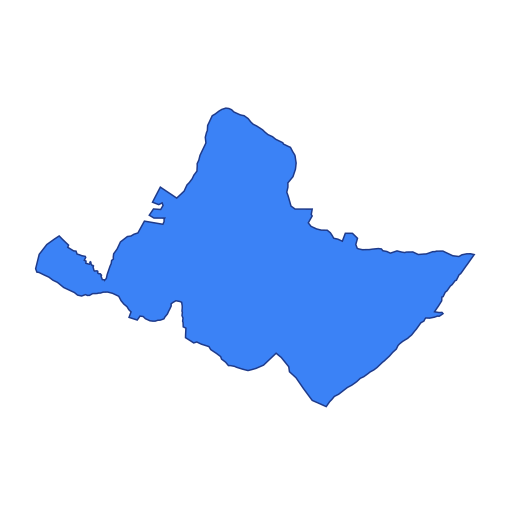 Shendam, Plateau, Nigeria (Mercator projection), rotated 298°
{"feature_id": "59680162B53080807091718", "entity_name": "Shendam", "entity_type": "district", "adm_level": 2, "iso_a3": "NGA", "parent_name": "Nigeria", "parent_adm1": "Plateau", "projection": "mercator", "projection_center": [9.53, 8.741], "detail": "fine", "context": "isolated", "style": "filled", "palette": "blue", "viewbox_px": 512, "rotation_deg": 298, "n_neighbors": 0, "source": "geoboundaries", "source_scale": "gbopen_adm2", "svg_char_len": 4503}
<svg xmlns="http://www.w3.org/2000/svg" viewBox="0 0 512 512"><g transform="rotate(298 256 256)"><path d="M359.7,448.0L358.7,444.4L356.9,441.1L353.8,437.3L350.8,435.4L349.7,432.5L348.6,429.6L348.4,425.6L348.2,421.7L348.1,418.7L344.9,412.9L343.9,412.0L342.8,410.0L339.7,407.2L337.7,405.3L336.6,403.4L333.5,398.6L333.2,392.6L330.0,386.8L329.0,385.9L328.9,385.8L327.9,383.0L326.7,378.1L321.6,373.3L321.4,369.4L320.2,365.5L321.1,363.4L320.0,360.5L316.8,355.7L314.7,352.8L313.7,350.9L311.5,347.0L310.4,343.1L310.3,341.8L313.0,338.7L319.3,337.3L319.6,336.3L321.3,330.5L318.0,324.2L309.6,325.3L309.3,320.4L308.2,316.4L308.2,316.2L309.8,313.7L311.4,310.8L312.2,306.8L309.5,301.5L308.3,296.6L308.0,290.7L309.8,286.6L317.7,286.8L318.6,285.3L323.8,283.6L315.8,268.5L316.5,263.5L317.5,262.5L324.0,256.3L326.8,253.2L331.6,251.9L333.6,250.9L335.5,249.8L339.4,250.6L343.4,251.4L351.1,250.1L354.2,248.9L354.4,248.8L356.9,247.8L359.7,245.7L362.6,243.6L363.5,242.6L365.3,239.5L368.1,235.4L367.9,232.5L367.8,229.5L367.7,227.7L368.6,226.5L368.5,223.5L368.3,218.6L369.1,214.6L368.8,209.6L369.6,205.6L370.5,202.6L371.1,195.6L371.0,191.7L371.8,188.7L373.6,184.6L374.3,179.6L373.7,177.7L373.2,175.7L372.9,170.8L372.8,168.8L373.7,165.8L373.5,162.8L372.4,159.9L370.4,158.0L369.4,157.0L366.4,155.2L362.4,153.4L359.3,151.5L355.4,151.7L351.5,151.9L348.6,152.0L343.8,154.2L341.9,154.3L337.0,155.5L332.3,158.7L330.3,158.8L325.7,159.0L325.4,159.0L318.6,159.3L313.8,160.5L309.9,160.7L308.0,161.8L303.2,164.0L298.3,163.2L294.3,163.4L289.4,162.6L286.4,161.7L282.5,161.9L279.6,162.1L269.9,158.8L271.9,139.2L259.4,139.3L259.2,139.3L254.9,139.4L255.7,146.0L258.8,148.2L257.0,150.2L252.3,150.0L249.4,143.4L241.9,142.6L241.6,148.0L246.6,157.6L245.2,157.6L243.3,158.7L240.3,158.9L234.4,141.1L220.9,140.9L217.9,138.0L214.9,136.2L212.8,133.3L210.8,132.4L204.8,129.7L200.9,129.9L197.0,130.1L191.1,129.3L188.2,130.4L186.3,131.5L184.3,130.6L181.4,131.7L178.5,131.9L169.7,133.3L165.9,134.4L163.4,133.7L163.8,133.3L163.0,131.4L165.6,128.5L166.5,128.6L167.2,126.9L166.5,125.2L166.7,124.2L168.2,123.5L168.3,122.7L166.9,120.4L167.2,119.7L169.8,117.3L170.9,117.2L171.1,116.5L170.7,115.6L171.9,113.7L173.0,113.1L173.1,112.4L172.4,112.3L171.3,113.2L170.5,112.8L169.7,109.2L171.7,108.3L171.6,106.4L174.8,106.3L175.5,105.4L174.5,102.1L174.2,99.5L173.7,97.1L175.8,94.8L174.9,92.5L175.0,91.0L175.3,85.7L177.6,85.4L178.5,82.1L180.0,76.9L181.3,72.8L176.4,70.1L167.9,65.9L155.7,63.8L141.3,67.4L138.9,70.1L139.6,72.1L139.7,75.1L139.8,78.0L140.1,83.0L139.3,88.0L139.4,91.0L139.5,92.9L139.2,94.7L138.7,97.0L137.9,101.0L138.0,102.9L138.1,104.9L138.3,108.9L138.5,112.8L137.7,116.8L138.8,120.8L140.9,122.7L141.9,123.6L142.0,125.6L143.1,127.5L146.1,129.4L148.2,133.2L149.2,134.2L150.3,136.1L152.3,138.0L154.5,141.9L155.7,146.8L155.9,150.8L156.0,153.7L154.8,155.5L153.2,157.8L151.5,161.9L150.7,165.9L148.9,168.9L148.0,171.9L142.2,172.7L143.7,181.2L148.5,181.8L149.6,184.8L148.7,187.8L148.9,190.7L149.0,192.7L150.1,195.6L151.2,197.6L153.2,199.5L154.3,201.4L155.3,202.4L157.3,204.2L159.3,204.2L163.2,205.0L166.2,204.8L168.1,204.8L172.0,204.6L173.9,203.5L175.9,204.4L178.9,206.3L180.1,210.2L180.2,212.1L177.3,214.3L175.4,215.3L172.6,216.5L171.6,217.5L168.7,218.6L166.9,220.7L164.0,221.8L163.1,222.8L159.3,225.0L159.4,228.0L153.4,230.8L150.8,232.1L150.3,238.8L150.0,241.8L152.3,244.1L152.4,247.1L152.5,249.1L153.9,256.9L153.9,257.0L152.1,260.0L151.4,267.0L150.6,272.0L148.8,274.0L148.0,279.0L146.3,283.1L147.3,285.0L148.5,288.9L148.6,290.9L149.7,296.9L149.9,297.8L151.1,302.7L153.7,305.6L156.8,308.8L163.2,313.9L179.6,319.4L178.3,325.9L173.6,336.9L169.5,339.9L167.3,348.5L161.2,360.2L154.9,373.4L156.0,388.7L161.9,389.4L164.9,390.3L168.8,391.1L172.8,393.9L176.8,395.7L182.8,398.4L186.9,401.2L192.3,403.9L197.0,405.5L200.0,407.8L204.7,410.1L207.2,411.2L210.7,413.5L214.3,415.2L221.4,417.5L223.8,418.6L225.4,419.1L230.3,420.8L235.0,421.9L239.7,423.6L243.6,423.4L245.8,424.0L249.5,425.6L250.5,426.2L252.4,427.3L254.5,428.6L256.8,429.4L258.4,430.1L259.5,430.5L264.5,431.4L266.6,431.9L270.5,432.4L274.4,432.9L277.4,434.8L279.4,434.7L281.0,435.0L282.7,438.5L285.7,442.2L288.1,444.4L288.7,445.7L288.9,446.1L290.9,447.2L292.9,448.2L293.5,446.7L292.0,444.1L290.9,440.8L290.6,439.8L291.6,439.9L297.7,440.6L303.6,441.0L307.0,439.4L308.0,440.3L312.9,440.1L314.9,441.0L320.8,441.7L322.8,442.6L327.7,443.4L328.7,444.3L332.6,444.2L334.6,444.1L336.6,445.0L339.5,445.4L342.8,445.8L344.4,446.0L345.3,446.1L347.9,446.5L359.7,448.0Z" fill="#3b82f6" stroke="#1e3a8a" stroke-width="1.5"/></g></svg>